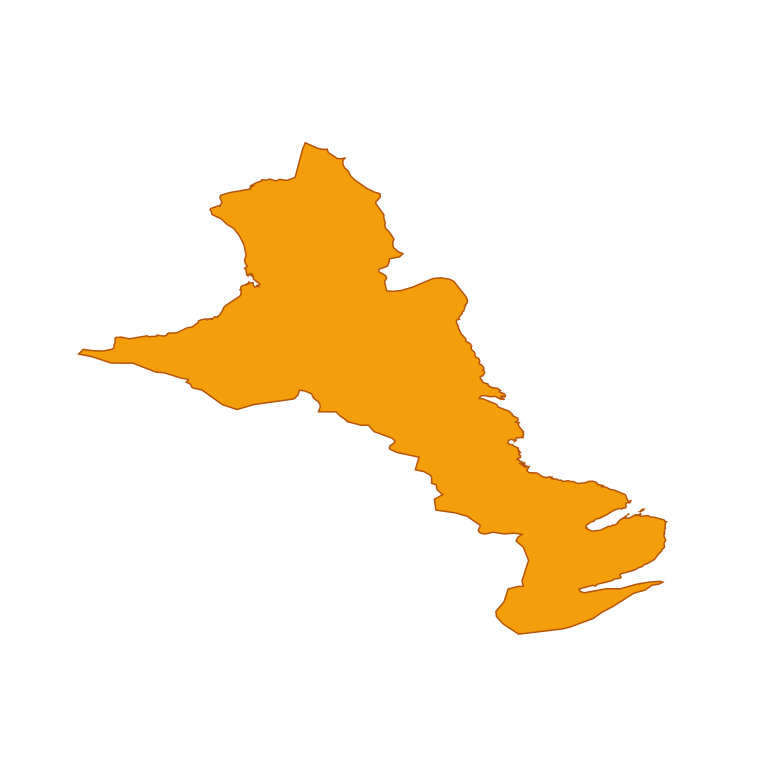 Strandabyggð, Vestfirðir, Iceland, rotated 9°
{"feature_id": "244011B90835463390859", "entity_name": "Strandabyggð", "entity_type": "district", "adm_level": 2, "iso_a3": "ISL", "parent_name": "Iceland", "parent_adm1": "Vestfirðir", "projection": "robinson", "projection_center": [-21.814, 65.764], "detail": "fine", "context": "isolated", "style": "filled", "palette": "amber", "viewbox_px": 768, "rotation_deg": 9, "n_neighbors": 0, "source": "geoboundaries", "source_scale": "gbopen_adm2", "svg_char_len": 6168}
<svg xmlns="http://www.w3.org/2000/svg" viewBox="0 0 768 768"><g transform="rotate(9 384 384)"><path d="M605.3,595.2L627.5,582.7L634.7,575.6L645.4,567.5L663.4,551.6L674.2,546.6L680.3,540.7L686.8,538.7L690.3,536.1L687.6,535.7L676.5,538.3L664.4,542.4L649.5,549.3L636.0,551.3L614.3,558.9L610.5,558.3L608.7,556.0L621.8,550.1L624.6,550.6L625.9,548.4L639.9,542.6L642.1,540.6L647.2,539.0L648.5,537.9L647.0,536.3L647.1,534.8L660.7,528.4L664.7,525.2L667.0,524.3L669.8,521.2L672.0,520.4L678.7,514.8L681.7,509.0L684.2,505.9L684.4,504.2L686.6,501.4L685.4,497.6L686.7,494.3L684.0,489.9L684.6,488.0L683.8,486.8L684.4,486.1L683.7,484.1L684.6,482.6L683.9,481.1L683.8,477.2L684.4,475.9L683.2,476.1L682.6,474.8L680.8,474.3L671.2,473.3L668.9,473.8L665.2,472.7L658.3,474.6L656.8,474.0L658.1,472.5L657.5,472.0L654.4,474.5L653.2,474.4L653.8,473.7L652.9,473.7L647.3,478.1L642.5,478.9L644.3,476.0L638.1,481.7L636.3,484.5L636.7,485.0L634.4,486.9L631.7,487.7L629.6,489.5L628.1,489.4L620.7,494.5L612.5,496.8L606.3,494.9L606.8,494.2L605.9,494.1L605.5,492.3L609.7,488.2L613.0,486.4L614.4,484.2L617.8,482.9L623.8,478.8L630.9,472.7L635.8,470.2L638.6,470.2L639.3,469.1L642.0,468.6L642.3,466.9L641.4,464.3L643.2,462.9L644.8,463.1L645.8,462.1L646.0,460.7L644.5,461.5L643.1,461.1L639.6,455.6L628.3,452.8L624.2,452.8L619.2,451.2L615.3,451.3L614.9,451.1L616.1,450.1L610.6,449.7L609.6,449.0L609.7,448.3L608.4,447.8L605.3,447.4L601.5,448.1L598.1,450.2L590.7,452.0L586.4,450.7L583.2,451.2L581.4,450.6L576.1,452.3L573.9,451.3L571.5,451.8L570.0,450.9L564.7,451.3L563.7,450.7L564.5,449.9L562.1,449.8L558.5,451.2L555.3,450.7L548.9,448.0L541.0,448.9L538.6,447.3L540.2,442.9L536.6,444.1L535.5,443.5L536.7,442.7L533.8,442.7L536.0,440.6L533.4,442.1L535.7,439.4L533.3,440.5L533.1,441.9L530.8,441.3L532.6,440.3L532.2,439.1L530.4,439.2L529.0,437.7L527.2,437.7L527.3,436.8L530.8,434.8L529.9,434.9L530.3,433.6L528.1,432.4L529.5,430.2L527.3,429.9L528.1,428.9L526.6,427.8L526.7,426.4L521.6,424.9L520.7,423.9L517.4,423.9L515.6,423.0L515.9,420.3L518.2,418.7L522.2,419.5L522.1,420.2L523.2,419.0L521.6,419.2L522.2,417.7L523.7,416.3L529.8,415.1L528.9,414.1L529.7,413.2L529.6,410.7L528.5,409.8L529.0,409.2L523.7,404.5L522.8,402.4L523.6,400.9L520.1,401.2L522.0,398.8L521.6,397.0L515.9,395.0L515.0,393.3L511.1,391.1L500.2,388.9L498.9,386.9L497.5,386.3L483.8,383.1L480.2,383.5L481.4,380.8L484.2,379.8L491.0,379.9L496.1,378.9L501.4,380.7L505.7,380.4L501.6,379.2L501.4,378.5L502.3,377.3L505.6,377.7L505.8,376.2L503.8,374.8L499.7,373.9L498.9,373.1L500.1,372.1L496.7,370.5L491.2,370.6L487.0,369.2L486.8,367.8L481.1,367.0L481.1,366.2L478.0,363.0L478.0,361.5L480.2,360.6L481.8,357.1L481.1,355.7L479.3,354.8L480.3,353.9L479.9,352.1L477.0,349.6L474.9,349.2L474.4,348.1L475.1,347.2L474.9,346.1L473.5,344.0L469.9,342.7L468.7,338.8L464.9,336.1L464.3,334.2L464.8,333.4L463.0,330.8L457.9,328.7L457.8,326.7L452.5,322.5L448.8,317.2L448.4,315.3L446.1,312.5L445.4,309.7L448.3,308.2L447.7,307.6L447.7,305.8L450.2,302.3L450.0,300.7L451.4,299.3L451.9,294.4L452.5,293.7L452.0,292.9L453.3,291.5L453.5,288.6L451.4,285.1L436.8,271.6L432.3,270.3L423.8,270.2L416.0,272.1L396.8,284.0L385.8,289.2L377.6,291.2L372.0,291.6L368.5,282.6L369.9,279.8L369.8,278.1L367.8,276.3L362.0,274.2L360.9,273.2L361.0,271.5L368.8,267.1L370.0,262.9L369.8,259.5L379.5,256.0L382.3,252.2L377.4,251.2L371.8,247.5L370.4,242.7L371.2,239.3L365.5,233.1L361.3,230.1L359.8,226.8L360.1,224.8L357.7,219.8L357.4,216.9L347.5,206.9L347.4,205.7L351.1,199.8L350.2,196.7L344.2,195.9L336.4,193.5L323.2,187.0L318.8,183.9L315.2,179.2L311.3,176.6L308.9,173.3L308.5,169.8L309.1,168.2L310.8,166.7L305.9,168.4L302.3,168.5L292.8,164.1L291.1,160.9L287.3,161.9L281.5,161.6L268.5,158.0L266.8,165.1L263.9,193.9L256.3,198.1L248.8,198.2L245.8,200.3L238.9,199.5L236.1,201.1L231.8,201.3L231.0,202.0L231.3,202.7L227.1,204.8L220.6,209.5L223.5,209.1L220.9,211.5L221.3,212.4L202.1,218.9L193.3,223.1L192.7,225.5L195.7,230.5L193.8,233.4L194.3,234.0L191.7,234.3L185.2,237.9L184.9,239.1L186.5,240.7L187.5,243.4L197.8,246.6L203.5,250.6L211.3,253.9L217.9,260.1L223.7,268.0L225.4,272.1L227.7,278.8L226.9,283.2L227.9,286.0L230.5,289.3L228.2,291.5L229.6,292.4L231.4,297.7L232.6,298.4L232.4,297.2L235.6,297.5L233.9,296.7L236.2,295.7L237.9,297.9L235.8,297.4L238.3,298.9L238.4,300.6L245.7,304.8L245.2,306.0L243.7,306.3L244.6,307.4L242.9,306.9L242.3,308.3L241.5,308.5L239.4,306.7L238.8,304.4L234.7,305.6L235.1,304.9L234.6,304.4L234.2,305.8L233.0,306.5L233.7,306.9L228.6,309.1L227.4,310.8L227.7,312.5L227.0,313.4L228.2,313.8L228.6,315.0L228.3,319.3L215.4,331.2L213.7,333.7L213.2,336.2L210.7,341.7L209.3,343.1L209.4,344.0L206.2,344.2L203.9,347.2L202.0,347.0L204.0,346.2L199.7,347.5L199.7,348.4L198.0,347.5L193.3,349.3L191.0,350.6L190.7,352.4L185.5,357.9L181.1,359.1L170.9,366.0L163.7,367.3L162.1,368.2L162.4,369.0L161.3,370.1L159.0,371.2L152.2,371.2L151.8,372.4L143.6,374.2L142.8,373.4L125.4,379.2L117.2,378.8L112.0,380.0L111.2,381.0L112.0,385.5L111.3,386.9L111.6,390.4L110.3,392.0L101.8,395.3L91.8,396.6L81.5,396.9L77.7,402.2L91.5,402.7L111.3,406.0L132.6,402.7L156.9,407.9L165.6,407.4L182.7,409.9L188.8,410.0L190.4,410.8L188.3,413.0L193.1,414.5L194.2,416.8L196.4,418.0L204.9,418.3L227.7,429.7L242.9,432.2L258.6,424.7L296.9,413.0L298.3,411.9L300.8,408.0L301.4,403.4L306.2,403.2L313.8,404.9L316.8,409.1L321.7,411.7L323.6,413.6L324.7,416.4L323.6,421.7L341.0,419.0L345.6,422.4L352.5,425.8L353.3,426.9L368.2,428.3L375.1,427.2L381.5,432.5L400.8,436.4L404.0,438.8L403.2,440.7L399.7,444.0L399.3,446.3L400.1,447.5L407.7,449.6L430.0,450.8L428.4,463.8L437.3,464.3L444.1,466.8L445.8,469.1L446.5,474.6L451.2,475.3L453.0,480.2L459.2,484.1L451.8,490.0L455.0,500.4L474.4,500.1L486.9,501.7L500.6,508.2L501.3,509.4L499.9,513.8L501.5,515.7L504.4,516.4L507.8,516.3L514.9,513.3L526.2,513.3L535.9,511.0L543.8,510.9L540.0,514.7L539.1,518.5L547.1,523.4L554.4,535.5L551.1,556.8L553.2,562.0L548.1,563.0L538.7,567.0L536.6,580.4L530.1,591.0L531.4,596.0L539.1,602.3L556.1,610.0L598.8,597.9L605.3,595.2ZM657.3,470.0L660.1,467.7L660.4,467.0L658.9,467.2L657.6,468.6L658.0,469.2L656.8,470.0L657.3,470.0ZM505.1,377.8L503.3,377.7L502.6,378.1L505.1,377.8ZM644.4,475.5L645.7,474.5L646.6,473.6L644.4,475.5Z" fill="#f59e0b" stroke="#b45309" stroke-width="1.5"/></g></svg>